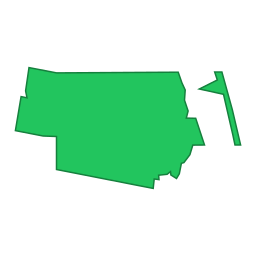 the district of Willacy, Texas, United States of America
{"feature_id": "52423323B56216373700802", "entity_name": "Willacy", "entity_type": "district", "adm_level": 2, "iso_a3": "USA", "parent_name": "United States of America", "parent_adm1": "Texas", "projection": "equal_earth", "projection_center": [-97.535, 26.456], "detail": "fine", "context": "isolated", "style": "filled", "palette": "green", "viewbox_px": 256, "rotation_deg": 0, "n_neighbors": 0, "source": "geoboundaries", "source_scale": "gbopen_adm2", "svg_char_len": 623}
<svg xmlns="http://www.w3.org/2000/svg" viewBox="0 0 256 256"><path d="M29.0,67.6L25.6,90.9L27.0,97.8L21.1,96.6L15.4,130.6L19.9,131.5L43.1,136.0L56.5,136.5L56.5,169.5L139.2,185.7L153.2,188.4L154.2,179.0L159.0,179.6L158.6,175.2L167.1,174.3L170.5,171.6L170.9,175.0L176.5,178.5L179.3,173.8L181.4,163.3L183.9,162.6L189.9,154.7L192.8,145.1L204.5,145.0L195.7,118.3L186.3,118.1L188.1,111.0L184.5,100.2L185.2,90.0L181.9,82.8L178.2,72.2L56.6,72.9L29.0,67.6ZM214.7,72.0L217.3,80.0L199.3,89.0L223.5,94.3L232.8,134.7L235.0,145.0L240.6,145.0L232.3,109.6L221.9,72.0L214.7,72.0Z" fill="#22c55e" stroke="#15803d" stroke-width="1.5"/></svg>